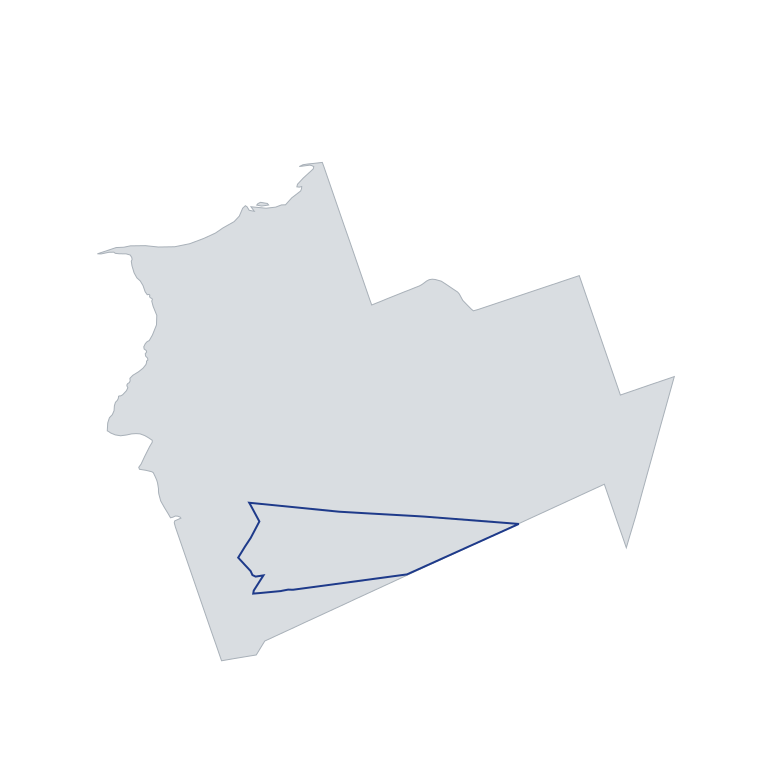 location of Oualata, Hodh ech Chargui, Mauritania, rotated 71°
{"feature_id": "47542326B56395627841614", "entity_name": "Oualata", "entity_type": "district", "adm_level": 2, "iso_a3": "MRT", "parent_name": "Mauritania", "parent_adm1": "Hodh ech Chargui", "projection": "robinson", "projection_center": [-7.469, 19.742], "detail": "fine", "context": "in_parent", "style": "outline", "palette": "blue", "viewbox_px": 768, "rotation_deg": 71, "n_neighbors": 0, "source": "geoboundaries", "source_scale": "gbopen_adm2", "svg_char_len": 3696}
<svg xmlns="http://www.w3.org/2000/svg" viewBox="0 0 768 768"><g transform="rotate(71 384 384)"><path d="M331.4,658.1L330.6,657.7L326.5,654.6L324.5,650.8L321.3,647.9L316.8,646.0L313.9,643.9L312.6,641.4L311.0,639.8L309.2,639.0L309.1,638.1L309.5,636.9L309.1,634.6L306.5,629.7L304.1,627.4L302.0,627.7L300.8,627.1L300.1,626.0L299.8,624.4L298.4,623.0L295.9,622.4L294.0,618.7L292.5,612.0L290.6,606.7L288.2,602.9L286.5,601.5L285.3,601.2L284.8,600.6L284.5,599.5L282.6,599.1L280.0,600.3L277.7,599.9L276.5,598.0L274.9,597.9L272.8,599.4L270.6,599.0L268.1,596.5L266.8,594.1L266.5,591.8L262.3,587.0L254.1,579.9L245.2,576.5L235.4,577.0L229.9,576.6L228.8,575.5L227.6,575.6L226.3,576.9L225.1,577.2L223.7,576.5L222.8,577.0L222.5,578.8L219.0,579.8L212.5,579.8L207.2,580.9L203.2,583.1L197.5,584.1L190.2,583.8L185.7,583.0L184.2,581.6L182.1,581.3L179.4,582.0L176.9,585.6L174.7,591.9L172.9,595.6L171.4,596.5L169.9,601.2L168.9,609.2L167.6,612.6L167.8,592.8L170.0,585.4L170.8,578.9L175.5,564.6L181.0,552.8L186.1,537.2L188.1,522.1L187.7,507.3L186.4,494.2L184.0,485.5L181.7,472.9L178.2,466.2L171.8,460.4L170.3,457.0L171.9,455.8L175.9,454.9L178.5,450.4L173.1,452.1L179.4,438.3L181.5,428.8L181.3,422.6L182.5,418.8L177.9,410.5L174.4,400.0L172.5,398.4L170.5,397.5L170.3,400.0L169.2,402.2L167.0,400.8L163.0,393.3L157.6,380.9L155.6,379.6L153.9,381.3L152.9,382.9L150.8,393.3L150.3,389.2L151.2,384.3L152.6,378.4L154.4,370.2L159.3,370.1L168.0,370.1L185.6,370.1L194.3,370.1L211.8,370.1L220.6,370.1L238.1,370.0L246.9,370.0L264.4,370.0L273.2,370.0L290.7,370.0L299.5,370.0L305.3,369.9L305.0,364.1L304.8,359.4L304.4,353.2L304.1,346.9L303.8,340.7L303.5,334.9L303.3,329.0L303.0,323.6L302.8,318.6L302.3,315.8L300.5,310.1L300.1,307.3L300.6,304.3L301.9,301.5L305.4,296.4L310.5,292.4L316.5,287.9L321.1,284.4L323.4,283.5L330.6,282.3L336.2,279.7L341.6,277.1L343.9,275.7L344.2,270.9L345.1,164.1L372.0,164.1L379.0,164.1L428.4,164.1L435.4,164.1L471.4,164.1L471.4,159.0L471.4,151.8L471.4,141.9L471.4,131.9L471.5,114.5L471.5,107.1L478.6,112.0L492.7,121.7L499.8,126.6L514.0,136.4L528.3,146.2L542.5,155.9L549.6,160.8L556.7,165.7L563.9,170.6L571.0,175.5L585.3,185.2L591.3,189.3L600.5,195.9L609.1,202.1L617.7,208.2L604.4,208.2L586.7,208.3L574.6,208.3L562.1,208.3L550.5,208.3L551.5,218.3L552.6,229.3L553.7,240.3L554.8,251.3L555.9,262.3L559.2,295.2L560.3,306.2L561.4,317.2L562.5,328.2L563.7,339.1L565.9,361.1L567.0,372.1L568.1,383.1L569.2,394.0L570.3,405.0L571.4,416.0L573.7,438.0L574.8,449.0L575.9,459.9L577.0,470.9L578.1,481.9L579.3,492.9L580.4,503.9L581.5,514.8L583.7,536.8L584.9,547.8L586.0,558.8L587.1,569.7L588.2,580.4L592.8,586.0L598.6,593.0L596.9,602.9L594.9,614.8L592.8,627.7L576.8,627.7L561.0,627.8L521.7,627.8L513.8,627.8L474.4,627.8L466.6,627.8L451.4,627.8L446.9,627.5L445.3,626.4L444.7,619.7L443.4,620.2L441.8,622.1L440.9,624.3L441.2,627.1L441.0,629.4L435.9,630.4L429.1,631.9L421.9,633.2L414.6,632.7L412.1,632.2L409.5,631.3L403.7,630.3L400.6,630.2L397.0,630.5L392.7,631.0L391.3,632.2L388.1,637.2L385.0,643.0L382.9,643.0L380.7,639.8L374.5,633.8L366.9,626.0L363.5,622.0L361.7,621.5L358.0,624.3L354.9,627.0L351.7,630.9L350.2,634.5L349.0,638.8L348.4,643.9L347.2,649.9L344.6,654.7L341.4,658.3L339.1,660.0L338.2,660.9L331.4,658.1ZM175.9,441.8L173.4,446.1L172.4,444.5L172.0,441.6L174.2,437.6L175.3,435.5L177.2,434.8L175.9,441.8Z" fill="#d9dde1" stroke="#a8b0b8" stroke-width="1"/><path d="M501.6,440.1L490.1,468.1L452.4,550.1L454.4,549.7L473.4,546.6L486.1,560.1L492.4,568.3L500.7,578.4L509.6,574.5L517.5,571.0L521.8,570.6L524.3,568.1L525.7,560.3L536.9,574.4L539.6,575.9L541.3,569.2L546.2,548.9L546.3,547.8L547.2,541.6L548.9,537.1L571.5,424.3L560.2,302.1L522.6,388.8L519.2,397.0L501.6,440.1Z" fill="none" stroke="#1e3a8a" stroke-width="2"/></g></svg>